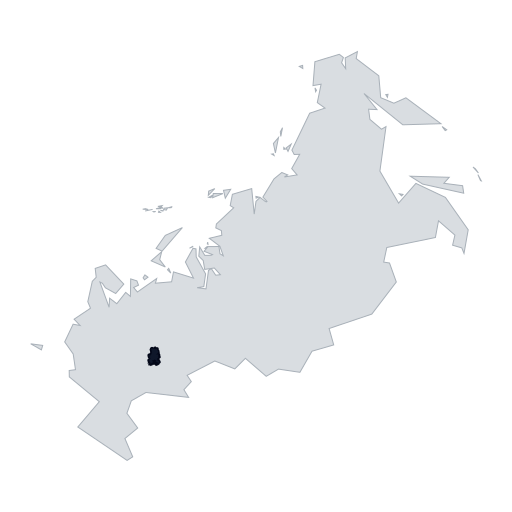 Russia, with Udmurt highlighted
{"feature_id": "RUS-2387", "entity_name": "Udmurt", "entity_type": "Republic", "adm_level": 1, "iso_a3": "RUS", "parent_name": "Russia", "parent_adm1": "", "projection": "albers", "projection_center": [52.789, 57.2], "detail": "fine", "context": "in_parent", "style": "filled", "palette": "ink", "viewbox_px": 512, "rotation_deg": 0, "n_neighbors": 0, "source": "natural_earth", "source_scale": "10m", "svg_char_len": 7588}
<svg xmlns="http://www.w3.org/2000/svg" viewBox="0 0 512 512"><path d="M468.2,229.8L464.0,253.4L461.8,247.9L452.6,245.2L454.9,235.1L438.5,220.8L435.4,237.5L386.8,247.5L383.7,262.1L389.5,263.0L396.3,282.0L371.8,314.1L329.1,328.5L333.7,344.9L312.0,351.2L299.9,372.3L278.5,369.1L266.2,376.3L245.4,358.3L234.8,368.9L214.8,361.0L187.1,375.3L191.3,381.6L183.9,389.7L188.6,397.4L145.9,392.5L131.3,400.8L126.9,413.3L137.7,428.0L124.9,438.5L132.7,456.8L127.1,460.4L77.8,427.0L99.3,401.7L69.3,376.9L69.2,370.5L75.5,369.7L73.2,354.0L64.7,341.9L73.1,324.2L80.1,325.5L74.1,319.2L90.5,308.2L87.8,301.7L92.3,281.3L96.2,277.3L95.2,268.4L105.6,264.9L123.8,284.1L115.7,293.5L105.4,287.8L102.4,283.3L99.9,282.0L109.1,307.3L109.6,298.2L116.8,303.7L125.7,292.4L130.4,296.4L130.7,278.9L136.9,280.9L138.5,285.2L133.6,287.5L137.4,292.0L156.7,278.5L155.4,283.2L171.6,281.8L173.5,271.9L193.5,278.1L185.4,262.0L193.0,248.3L196.0,248.9L196.2,256.9L205.6,273.9L203.8,286.6L197.1,287.7L206.0,288.9L208.5,270.4L211.3,268.6L215.7,275.2L220.4,274.7L214.3,268.0L204.7,269.4L203.2,260.5L198.8,256.2L199.7,246.9L204.8,255.4L211.1,255.3L212.5,254.6L204.1,251.3L208.0,246.6L218.9,246.5L220.0,253.8L223.3,255.8L219.9,246.3L209.3,238.3L221.8,235.3L221.4,230.6L215.8,227.9L216.4,224.0L233.7,207.8L230.2,205.6L232.4,194.3L251.7,188.6L254.2,214.1L256.0,201.3L260.1,197.4L265.3,201.5L266.4,201.9L267.0,201.4L262.9,197.1L274.0,178.9L281.8,172.5L287.7,174.9L284.4,177.0L297.1,174.9L291.7,168.6L299.7,154.3L294.2,154.5L291.9,150.1L309.7,113.2L325.0,108.1L317.3,102.6L321.1,84.2L313.0,85.6L314.9,61.7L339.3,54.3L343.4,57.5L341.6,62.8L345.7,68.7L345.2,57.9L357.4,51.6L356.2,58.6L378.8,75.8L380.7,97.7L393.9,103.2L405.9,97.8L440.9,123.7L402.8,124.8L364.0,93.5L377.0,109.6L368.6,109.2L369.9,119.4L381.5,129.2L386.0,126.6L379.9,171.1L398.6,203.1L415.9,183.4L445.4,197.4L468.2,229.8ZM182.4,227.6L162.1,251.1L156.1,248.4L165.3,235.4L182.4,227.6ZM410.2,176.2L449.2,177.3L443.9,183.3L462.6,185.7L463.7,193.2L422.7,184.1L410.2,176.2ZM151.2,260.8L161.7,251.7L159.7,259.7L165.3,267.0L151.2,260.8ZM275.4,153.0L273.4,143.5L278.5,137.5L275.4,153.0ZM213.3,193.5L222.9,193.6L212.6,197.7L213.3,193.5ZM208.7,191.1L214.8,188.6L208.3,195.3L208.7,191.1ZM223.5,190.3L230.7,189.3L225.3,198.2L223.5,190.3ZM280.8,136.4L280.3,131.9L282.5,127.7L280.8,136.4ZM30.7,343.8L42.7,345.4L41.4,349.9L30.7,343.8ZM148.8,210.2L152.6,209.4L145.1,211.0L148.8,210.2ZM286.2,147.9L291.2,144.1L288.0,151.4L286.2,147.9ZM148.0,277.2L144.5,279.8L143.1,277.8L144.9,274.9L148.0,277.2ZM156.0,208.8L159.4,207.8L161.2,208.7L156.0,208.8ZM167.6,207.8L166.3,210.1L163.6,209.6L164.1,208.2L167.6,207.8ZM171.1,207.7L168.1,207.8L172.2,206.6L171.1,207.7ZM168.7,268.4L170.8,273.1L167.5,269.8L168.7,268.4ZM212.4,195.3L210.9,197.7L208.7,197.3L212.4,195.3ZM157.9,206.4L162.2,205.6L160.8,207.0L157.9,206.4ZM302.6,65.4L302.8,68.5L299.3,66.4L302.6,65.4ZM145.5,208.7L148.2,209.5L142.7,209.2L145.5,208.7ZM192.8,246.7L189.5,248.2L192.7,246.4L192.8,246.7ZM255.9,196.4L258.9,197.1L256.1,198.1L255.9,196.4ZM315.0,87.9L316.5,90.3L315.6,91.7L315.0,87.9ZM162.4,211.0L160.4,210.4L163.7,210.7L162.4,211.0ZM161.6,207.1L163.0,208.3L160.5,207.6L161.6,207.1ZM473.0,167.0L475.4,168.8L478.4,173.0L473.0,167.0ZM158.9,211.1L160.4,212.4L158.5,212.3L158.9,211.1ZM207.6,246.2L205.6,248.3L205.0,248.3L207.6,246.2ZM388.0,94.3L387.4,97.3L385.8,94.6L388.0,94.3ZM283.8,147.5L285.5,149.1L283.8,149.3L283.8,147.5ZM399.4,193.8L403.0,194.4L401.6,195.9L399.4,193.8ZM442.1,126.5L446.7,129.8L445.2,130.6L442.1,126.5ZM155.7,211.5L153.9,212.0L153.3,211.6L155.7,211.5ZM207.7,242.1L208.0,244.3L207.3,243.9L207.7,242.1ZM273.4,153.8L274.1,155.5L271.7,154.1L273.4,153.8ZM480.5,180.6L477.9,174.6L481.3,180.9L480.5,180.6Z" fill="#d9dde1" stroke="#a8b0b8" stroke-width="1"/><path d="M159.9,361.8L159.9,362.0L160.0,362.1L160.0,362.3L159.9,362.5L159.6,362.7L159.3,362.9L159.1,363.1L159.0,363.4L158.8,363.8L158.7,364.0L158.3,364.0L158.1,363.9L157.9,364.2L157.9,364.4L157.5,364.4L157.4,364.5L157.3,364.8L156.9,364.8L156.1,365.2L155.7,364.7L156.0,364.6L156.2,364.4L156.3,364.3L156.5,364.1L156.7,363.4L156.8,363.4L157.0,363.2L157.0,362.9L157.0,362.6L156.9,362.6L156.5,362.4L156.1,362.4L156.0,362.5L155.9,362.5L156.0,362.8L156.2,363.2L156.2,363.6L155.9,363.6L155.6,363.4L155.5,363.2L155.3,363.2L155.2,363.3L155.2,363.0L155.2,362.9L155.0,363.0L154.9,362.9L155.0,362.8L154.8,362.6L154.9,362.4L154.7,362.2L154.9,362.0L154.9,361.9L154.7,361.8L154.7,361.7L154.8,361.7L155.2,361.1L155.2,360.9L155.3,360.7L155.2,360.7L155.1,360.8L154.9,360.7L154.7,360.6L154.7,360.8L154.3,360.8L154.8,361.1L154.8,361.3L154.6,361.5L154.4,361.6L154.2,361.6L153.9,361.6L154.0,361.7L153.9,361.8L153.6,362.1L153.6,362.3L153.4,362.3L153.3,362.5L153.5,362.7L153.8,362.7L154.0,362.8L154.3,362.9L154.2,363.0L154.4,363.2L154.3,363.3L154.4,363.5L154.2,363.6L154.0,363.4L153.9,363.3L153.9,363.5L153.9,363.8L153.7,364.1L153.4,364.0L153.3,363.8L153.0,363.7L152.9,363.8L153.0,363.9L153.0,364.0L152.9,364.0L152.6,364.0L152.5,363.9L152.4,363.7L152.1,363.6L151.9,363.8L152.0,363.9L152.0,364.0L152.0,364.3L152.1,364.5L151.8,364.9L151.4,364.9L151.5,364.7L151.4,364.5L151.2,364.5L151.1,364.4L150.9,364.6L150.6,364.7L150.5,364.8L150.4,364.9L150.3,364.6L150.2,364.5L149.9,364.5L149.3,364.6L149.1,364.7L149.0,364.4L149.0,364.2L149.3,363.7L149.8,363.5L149.9,363.3L149.9,363.2L149.7,363.2L149.4,363.3L149.2,363.2L149.1,362.9L149.3,362.8L149.3,362.7L149.2,362.6L148.9,362.6L149.0,362.5L149.1,362.4L149.1,362.2L148.9,362.2L148.7,362.0L148.7,361.9L148.8,361.7L148.7,361.5L148.7,361.3L148.6,361.2L148.3,361.2L148.2,361.0L148.1,360.9L148.1,360.7L148.3,360.7L148.2,360.5L148.2,360.4L148.3,359.8L148.3,359.7L148.6,359.7L149.0,359.6L149.1,359.3L149.1,359.2L149.3,358.9L149.6,358.4L149.0,358.0L148.9,357.9L148.8,357.7L148.5,357.1L148.5,356.8L148.6,356.6L148.4,356.5L148.4,356.4L148.4,356.2L148.3,355.9L148.2,355.8L148.2,355.5L148.2,355.0L148.4,354.6L148.6,354.4L148.8,354.5L149.1,354.4L149.7,354.4L149.8,354.6L149.9,354.2L150.0,353.9L150.2,354.0L150.4,353.9L150.5,353.9L150.5,353.7L150.8,353.3L150.9,353.0L150.9,352.7L151.1,352.6L151.1,352.4L151.1,352.1L150.8,351.9L150.8,351.7L150.9,351.3L151.0,351.1L150.7,350.8L150.7,350.6L150.8,350.4L150.7,350.0L150.6,349.9L150.5,350.0L150.4,350.0L150.3,349.9L150.3,349.7L150.4,349.4L150.5,349.2L150.7,348.9L150.7,348.6L150.8,348.4L151.3,347.8L151.5,347.8L151.8,347.7L152.0,347.6L152.4,347.7L152.4,347.8L152.5,347.9L153.0,348.0L154.4,348.2L154.6,347.5L154.6,347.4L155.0,347.4L155.3,347.3L155.4,347.6L155.5,347.9L155.6,348.1L156.0,348.2L156.0,348.3L156.3,348.2L156.6,347.9L157.1,348.0L157.6,348.0L158.0,348.7L158.0,348.8L157.9,349.0L157.7,349.4L157.8,349.5L158.0,349.6L158.1,349.8L158.2,350.0L158.4,350.5L158.8,350.9L158.8,351.1L158.8,351.4L158.8,351.5L158.9,352.0L158.9,352.3L159.0,352.5L159.0,352.8L158.8,352.9L158.8,353.0L158.7,353.1L158.8,353.3L158.8,353.5L158.7,353.5L158.4,353.7L158.5,353.7L158.6,353.8L158.6,354.0L158.8,354.1L158.9,353.9L159.1,353.8L159.2,354.0L159.1,354.3L159.2,354.5L159.4,354.4L159.5,354.5L159.4,354.8L159.1,354.9L159.0,355.0L158.9,355.5L159.1,355.4L159.3,355.5L159.6,355.5L159.7,355.9L159.7,356.1L159.7,356.4L159.7,356.6L159.5,356.8L159.6,357.0L159.8,357.0L160.0,357.1L159.9,357.4L159.3,357.5L159.2,357.5L158.9,357.7L158.9,357.9L158.9,358.2L158.9,358.7L158.9,358.9L158.9,359.0L158.7,359.2L158.6,359.3L158.4,359.3L158.3,359.0L158.2,359.0L158.1,358.8L157.9,358.9L157.9,359.0L158.1,359.3L158.1,359.5L158.0,359.9L158.0,360.0L158.3,360.0L158.6,359.7L158.8,359.7L158.9,359.8L158.9,360.0L158.9,360.3L158.9,360.5L159.1,360.6L159.3,360.7L159.4,361.1L159.5,361.3L159.7,361.1L159.8,361.2L159.9,361.8Z" fill="#0f172a" stroke="#020617" stroke-width="1.5"/></svg>